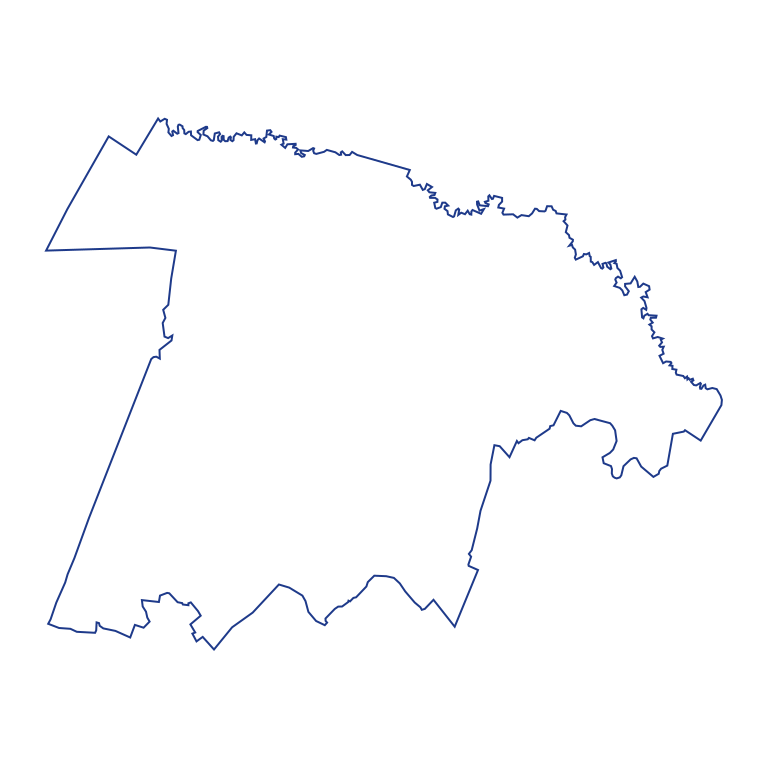 outline of Bocsig, Arad, Romania
{"feature_id": "2599482B20557831066636", "entity_name": "Bocsig", "entity_type": "district", "adm_level": 2, "iso_a3": "ROU", "parent_name": "Romania", "parent_adm1": "Arad", "projection": "mercator", "projection_center": [21.993, 46.42], "detail": "fine", "context": "isolated", "style": "outline", "palette": "blue", "viewbox_px": 768, "rotation_deg": 0, "n_neighbors": 0, "source": "geoboundaries", "source_scale": "gbopen_adm2", "svg_char_len": 6110}
<svg xmlns="http://www.w3.org/2000/svg" viewBox="0 0 768 768"><path d="M421.8,609.8L424.8,608.9L433.5,599.8L454.7,626.7L478.0,570.0L468.7,565.9L468.4,564.5L471.1,556.7L468.9,553.9L471.7,550.2L477.2,528.4L480.5,510.8L490.5,480.7L490.6,464.5L494.4,445.2L499.7,446.2L509.5,457.2L516.9,441.0L518.5,443.2L522.4,440.2L527.7,439.3L528.9,437.9L534.6,440.3L536.3,437.7L549.6,428.7L550.2,426.1L553.5,425.3L560.7,410.9L566.9,412.9L569.3,415.3L573.4,423.3L575.8,425.7L581.2,426.3L590.3,420.2L594.4,419.0L610.1,423.2L612.3,425.7L615.1,430.3L616.6,441.0L613.2,449.5L609.9,452.9L602.5,457.3L603.7,463.2L611.0,466.1L612.0,469.1L611.8,473.4L612.8,476.3L614.6,477.7L616.7,478.4L619.8,477.4L621.3,475.3L623.5,466.2L630.6,459.4L633.9,457.9L636.6,458.3L641.2,466.6L653.4,476.9L658.7,473.8L659.3,471.0L661.1,468.7L667.3,465.6L672.9,433.8L683.8,431.6L685.0,430.2L700.7,440.6L721.4,405.1L721.9,399.9L720.5,395.5L716.7,389.1L712.3,388.0L707.4,389.3L705.7,388.2L705.2,384.7L703.5,385.5L701.4,388.8L700.2,388.7L699.9,387.2L700.9,383.7L700.3,383.0L696.2,385.4L693.9,385.0L691.1,381.8L693.4,380.4L692.8,378.7L689.7,379.8L688.6,378.2L687.4,379.4L687.0,376.6L684.9,378.2L683.3,376.0L676.6,374.6L675.8,372.7L676.4,369.7L672.3,369.0L672.5,365.8L669.6,365.4L671.4,363.0L670.7,361.9L666.1,361.5L663.1,363.2L659.5,355.8L663.6,353.7L662.3,349.9L663.7,346.7L660.3,346.9L659.2,345.7L662.0,342.4L660.8,339.7L662.8,338.6L657.7,337.0L653.0,338.4L652.0,336.1L654.4,332.3L651.6,329.5L651.6,326.3L649.4,324.6L652.7,322.6L650.3,319.6L650.8,317.8L656.0,317.7L656.5,315.7L648.6,315.2L647.5,313.8L644.3,315.7L643.4,318.3L642.1,317.4L641.4,309.3L643.2,307.9L646.2,309.8L646.5,308.0L644.5,301.1L641.2,297.6L643.3,296.5L647.6,297.3L645.7,292.1L649.6,289.6L649.1,286.2L643.3,283.6L640.0,286.8L638.3,287.0L637.3,281.5L634.7,276.8L630.6,283.4L625.1,283.9L625.1,286.4L628.8,291.2L627.0,294.6L624.3,295.2L622.3,290.4L619.8,287.9L614.2,286.0L616.6,282.6L615.3,279.6L615.8,278.2L618.0,276.6L620.8,278.3L622.1,277.2L620.1,270.7L617.4,268.0L616.6,263.8L614.4,263.1L615.9,261.3L615.8,260.1L608.5,262.5L610.4,264.6L611.3,268.6L610.4,269.2L607.2,266.7L606.3,263.3L605.5,262.8L602.5,263.9L603.4,267.5L602.3,268.6L601.1,268.1L597.9,262.1L594.1,264.9L592.3,262.1L590.8,261.6L590.7,256.8L589.7,256.1L589.1,253.0L586.3,254.4L583.9,254.0L582.9,256.3L575.8,259.6L574.8,257.7L575.9,254.5L575.1,249.6L572.8,247.4L572.0,244.9L569.3,245.7L572.8,241.3L572.9,239.7L569.5,237.8L569.0,235.1L565.8,232.2L567.5,225.5L563.6,221.2L565.4,219.6L565.1,217.2L566.5,214.5L556.5,213.4L555.7,211.0L553.1,209.7L551.6,206.3L547.1,206.2L545.5,210.8L544.5,211.4L539.1,211.1L536.8,208.9L535.0,208.7L532.1,213.4L528.8,216.2L521.5,215.1L517.4,217.6L513.1,214.3L503.5,214.6L502.4,212.8L504.1,208.6L498.3,207.5L498.9,204.9L502.1,201.6L502.1,197.9L494.1,195.9L492.9,198.8L491.9,199.0L489.4,195.3L488.3,196.4L488.4,200.8L484.9,201.8L485.5,203.1L488.7,204.4L488.0,206.2L479.7,205.3L478.2,201.4L477.0,201.7L477.1,204.5L479.5,210.6L483.9,209.1L481.1,213.8L472.5,210.0L471.4,211.5L471.3,214.6L469.7,214.2L467.7,210.7L465.0,214.2L461.2,212.7L458.3,214.9L459.2,209.6L458.3,208.6L455.8,210.4L454.1,216.4L453.0,217.0L447.9,214.4L447.5,211.1L444.5,208.8L444.9,206.3L448.2,205.6L445.3,202.7L442.3,202.7L440.8,207.1L436.5,208.7L435.3,208.0L434.2,202.7L437.4,201.9L437.5,199.5L435.1,197.9L430.1,197.9L429.8,197.0L431.4,195.5L434.5,195.0L435.3,192.9L429.4,192.3L427.8,190.3L432.0,187.0L426.9,184.0L424.8,189.1L422.8,189.9L419.9,184.7L413.7,186.0L412.0,184.9L412.0,181.8L410.8,179.7L406.9,176.5L409.8,170.0L357.2,155.0L352.1,151.9L349.6,155.0L345.7,155.1L342.2,151.4L340.8,152.4L341.1,154.7L339.3,155.0L335.4,152.3L326.8,149.9L324.1,151.8L316.3,153.9L314.1,153.2L313.2,150.8L314.1,148.5L313.1,148.1L308.2,151.0L300.3,150.4L301.2,153.1L304.8,155.0L304.2,156.3L301.8,156.8L298.4,153.9L295.2,154.2L295.2,152.6L298.1,149.5L296.2,147.9L293.0,147.5L293.2,146.2L295.7,144.9L295.6,143.8L287.4,144.3L285.2,147.9L281.4,144.7L283.6,143.6L282.8,139.2L286.3,139.6L285.9,137.1L279.6,135.6L278.7,137.1L276.4,136.7L276.3,139.0L275.3,139.5L274.2,138.5L273.7,136.0L268.9,134.5L271.5,131.9L270.3,130.2L267.0,130.6L266.3,137.0L263.6,138.5L265.0,141.4L264.6,142.3L259.1,138.5L257.5,140.2L256.7,143.4L255.9,143.5L255.1,139.2L251.2,139.9L251.3,135.3L246.5,134.9L244.3,132.4L241.8,135.4L236.5,133.3L233.7,136.8L233.5,140.3L232.3,141.2L230.4,139.9L230.9,137.3L230.3,136.6L228.7,137.6L227.6,141.1L225.2,141.2L223.7,139.8L223.6,136.1L222.6,135.8L221.6,136.8L221.7,140.6L220.7,141.7L218.3,140.2L218.0,136.6L220.1,134.1L219.1,132.3L214.8,133.5L213.8,140.1L212.9,140.9L210.9,140.3L207.5,136.3L203.4,134.5L203.7,130.6L207.3,128.1L207.0,126.9L205.9,126.8L197.7,131.0L197.6,132.1L200.8,135.0L199.3,139.7L197.6,140.1L191.1,135.3L190.9,131.5L188.6,131.8L185.8,134.1L184.4,133.4L184.2,130.0L182.6,128.0L182.5,126.3L179.7,124.6L178.5,124.8L177.8,126.6L178.5,133.1L177.2,133.7L173.3,130.7L172.3,131.5L173.0,135.2L171.5,136.0L168.4,132.4L168.8,128.8L166.6,123.9L167.0,119.8L164.7,118.8L160.3,121.5L158.1,118.5L136.3,154.7L108.7,136.4L67.3,209.2L46.1,250.6L149.9,247.5L175.9,250.7L171.2,278.6L168.3,304.8L163.2,309.8L165.4,317.9L162.7,323.0L164.5,336.6L168.1,338.1L172.3,335.5L171.5,340.5L159.5,349.9L159.8,358.6L156.3,356.7L153.5,357.1L151.2,359.1L88.9,518.2L74.4,558.1L67.6,574.3L65.2,582.5L56.3,602.6L50.6,619.3L48.2,623.8L59.1,628.0L70.4,628.8L76.8,631.8L95.1,632.8L96.2,630.4L96.6,622.4L99.0,623.1L99.7,625.8L103.3,628.4L115.4,630.9L130.2,637.5L134.9,624.9L143.6,627.7L149.6,621.6L147.3,617.6L146.0,611.7L142.7,606.5L141.9,600.1L158.9,602.0L160.0,595.6L167.1,592.9L169.3,593.3L177.6,602.2L182.2,603.1L182.8,604.5L188.4,605.2L188.4,603.3L190.8,602.4L198.0,611.1L200.7,615.7L190.4,624.4L195.2,632.5L192.4,633.6L196.5,641.4L202.7,636.9L214.0,649.5L232.1,627.3L252.7,612.6L278.9,584.5L289.2,587.6L302.4,595.6L305.5,601.1L308.4,611.9L316.1,621.0L324.8,625.2L327.1,622.6L325.6,620.9L325.5,618.5L334.8,608.9L338.2,606.6L342.1,606.5L348.1,602.1L348.5,600.7L350.0,601.4L353.4,597.9L356.1,597.3L366.4,586.5L367.8,582.1L374.3,575.7L386.2,576.2L393.9,577.9L399.8,583.4L405.2,591.4L414.7,602.5L420.4,607.3L421.8,609.8Z" fill="none" stroke="#1e3a8a" stroke-width="2"/></svg>